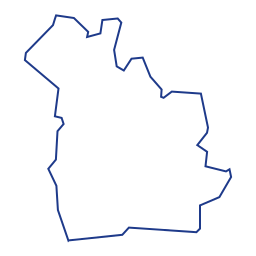 the district of Uror, Jonglei, South Sudan
{"feature_id": "79223893B11973303944142", "entity_name": "Uror", "entity_type": "district", "adm_level": 2, "iso_a3": "SSD", "parent_name": "South Sudan", "parent_adm1": "Jonglei", "projection": "albers", "projection_center": [32.126, 7.693], "detail": "fine", "context": "isolated", "style": "outline", "palette": "blue", "viewbox_px": 256, "rotation_deg": 0, "n_neighbors": 0, "source": "geoboundaries", "source_scale": "gbopen_adm2", "svg_char_len": 682}
<svg xmlns="http://www.w3.org/2000/svg" viewBox="0 0 256 256"><path d="M200.0,228.6L200.0,205.4L219.4,197.1L231.1,177.0L229.5,169.3L226.0,171.4L205.5,166.3L207.1,151.8L197.3,145.1L207.0,132.8L208.0,127.6L200.9,93.6L171.8,91.6L163.6,97.8L161.1,96.8L161.6,89.5L150.4,76.7L142.7,57.6L131.5,58.7L123.8,70.5L116.7,66.4L114.1,49.9L121.3,22.6L117.7,18.5L102.4,20.0L100.4,33.4L87.1,37.0L88.2,31.9L73.9,18.0L56.1,15.4L55.0,18.6L53.0,25.1L25.9,52.9L24.9,60.1L37.2,70.5L58.5,88.5L54.9,116.3L61.6,117.9L63.6,124.0L57.5,131.2L55.9,159.6L48.3,168.8L56.4,185.8L57.9,210.0L68.4,240.6L68.6,240.4L122.3,234.8L128.9,227.6L196.4,232.2L200.0,228.6Z" fill="none" stroke="#1e3a8a" stroke-width="2"/></svg>